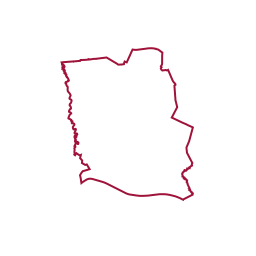 Dobeles pag., Dobele, Latvia, rotated 59°
{"feature_id": "27541924B40989782476416", "entity_name": "Dobeles pag.", "entity_type": "district", "adm_level": 2, "iso_a3": "LVA", "parent_name": "Latvia", "parent_adm1": "Dobele", "projection": "albers", "projection_center": [23.259, 56.68], "detail": "fine", "context": "isolated", "style": "outline", "palette": "rose", "viewbox_px": 256, "rotation_deg": 59, "n_neighbors": 0, "source": "geoboundaries", "source_scale": "gbopen_adm2", "svg_char_len": 5519}
<svg xmlns="http://www.w3.org/2000/svg" viewBox="0 0 256 256"><g transform="rotate(59 128 128)"><path d="M160.9,72.1L160.7,72.2L156.0,75.5L155.2,75.9L151.0,78.9L141.6,85.1L135.5,75.1L128.4,72.9L127.7,72.5L115.6,66.4L115.4,65.1L114.8,65.0L114.7,64.8L113.5,64.9L112.6,65.2L110.4,65.3L98.8,63.7L98.7,65.0L97.8,65.7L96.4,68.9L95.4,69.3L94.5,69.3L93.7,69.1L93.2,67.9L92.1,68.1L91.1,66.2L90.4,65.6L83.8,61.6L81.1,59.7L76.3,61.7L74.2,63.8L74.1,63.7L73.5,64.4L72.9,65.1L71.5,67.1L70.0,69.9L69.4,71.4L65.4,80.5L64.3,82.2L63.1,83.7L71.1,95.3L70.4,95.9L69.3,96.6L70.3,97.9L71.2,98.6L70.3,100.8L68.6,103.8L67.1,104.4L56.5,110.1L53.1,117.8L52.2,119.7L52.3,119.8L51.1,121.8L50.4,123.5L49.5,125.5L49.4,125.6L49.5,125.6L47.5,129.7L45.3,133.7L45.8,134.4L43.1,140.0L43.0,140.5L42.8,140.5L38.3,149.5L37.6,151.1L38.5,151.2L38.4,151.3L39.3,151.7L39.6,151.5L40.0,151.7L40.2,151.3L40.2,150.9L40.3,150.8L40.5,150.9L40.5,151.1L41.0,150.7L41.4,150.7L41.4,150.9L41.8,151.1L42.1,151.0L42.3,150.7L42.8,150.8L42.9,151.0L42.2,151.3L41.9,151.6L42.0,152.2L42.1,152.4L42.0,152.9L42.3,153.1L43.2,153.3L43.5,153.7L43.8,153.3L43.6,153.0L43.6,152.6L44.5,152.6L44.8,153.2L44.9,153.4L45.0,153.5L45.3,153.6L45.4,153.4L45.2,152.8L45.2,152.7L45.3,152.6L45.8,152.5L45.9,152.8L46.3,152.8L46.5,153.4L46.6,153.6L47.0,153.6L47.0,153.4L46.7,153.3L46.8,153.1L47.4,153.3L47.5,153.4L47.8,153.3L47.8,153.5L48.1,153.7L48.2,154.3L48.8,154.2L49.1,153.5L49.3,153.4L49.7,153.4L49.8,153.6L50.1,153.7L50.1,153.8L50.3,153.9L50.7,153.6L50.9,154.0L51.2,154.1L51.6,154.2L52.1,153.9L52.3,153.9L52.3,154.2L52.4,154.3L53.1,154.3L53.7,154.0L54.3,153.8L55.9,154.1L56.4,154.1L56.9,154.3L57.0,154.6L56.6,155.1L56.7,155.3L57.1,155.8L56.9,156.6L56.6,157.3L56.6,157.6L56.8,158.1L57.4,158.5L57.7,158.6L58.2,158.2L58.5,158.2L59.6,158.7L60.4,158.8L61.2,158.6L61.8,158.7L61.9,158.9L61.9,158.7L62.6,159.0L63.1,159.4L64.0,160.0L65.3,160.6L66.1,160.6L67.5,160.3L68.9,160.2L70.3,160.3L70.6,160.5L72.0,162.5L72.6,163.0L72.9,163.0L73.5,162.8L74.5,162.1L75.1,162.1L75.4,162.2L76.7,163.4L77.1,164.0L77.4,165.3L78.3,166.3L78.8,166.4L79.5,166.2L80.4,166.2L81.5,166.6L82.0,166.9L82.0,168.1L82.1,168.3L82.3,168.6L82.8,169.5L83.5,170.1L83.8,170.2L84.6,169.6L85.3,169.2L85.7,169.3L86.1,169.1L86.3,169.2L86.3,169.3L86.3,169.9L86.9,171.7L87.7,172.5L88.2,173.4L89.0,174.1L89.3,174.1L90.1,173.4L91.3,172.8L91.7,172.4L92.2,172.6L92.4,173.0L92.8,173.1L93.0,173.0L93.2,172.5L93.4,172.3L93.6,172.2L94.3,173.2L94.7,173.6L95.3,173.5L95.5,172.8L95.8,172.4L96.6,172.0L97.4,172.1L97.6,172.3L98.7,174.7L99.3,175.1L99.8,175.3L101.0,175.4L101.3,175.2L101.5,174.9L101.4,173.9L101.5,173.7L102.2,173.3L102.4,173.4L102.8,173.8L103.5,174.7L104.1,175.7L104.4,176.1L104.7,176.4L105.0,176.5L105.5,176.4L105.7,176.2L106.0,175.7L106.1,175.0L106.3,174.7L106.6,174.6L107.4,174.8L107.6,175.2L107.4,175.8L107.5,175.9L109.0,176.7L109.1,176.9L109.1,177.3L108.9,177.5L108.6,177.6L108.3,177.6L107.8,177.3L107.5,177.2L107.4,177.4L107.3,177.7L107.6,178.1L108.2,178.6L108.6,178.6L109.0,178.6L109.4,178.8L110.0,179.0L110.6,178.6L110.9,178.6L111.3,178.8L111.5,179.0L111.4,179.7L111.6,180.0L112.1,180.3L112.8,180.4L113.2,180.2L113.4,180.0L113.4,179.7L113.2,179.2L113.3,179.0L113.7,178.6L114.2,178.4L114.7,178.0L115.0,178.0L115.8,178.6L116.0,179.0L115.8,179.3L115.2,179.4L115.0,179.6L114.5,180.6L114.5,181.0L114.9,181.8L115.4,182.0L115.6,182.2L115.7,182.9L116.0,183.3L116.3,183.3L116.8,182.8L117.1,182.8L117.3,183.1L117.4,183.5L117.5,184.1L117.8,184.5L119.1,184.9L120.9,186.3L121.8,186.6L123.1,186.5L123.1,186.9L122.8,187.2L122.8,187.4L123.0,187.7L123.4,187.7L124.1,187.4L123.0,185.2L125.5,184.1L126.5,183.5L126.8,183.1L126.7,182.9L126.8,182.3L129.2,184.6L132.3,184.0L134.3,185.5L137.6,183.7L138.0,182.1L143.5,182.1L142.6,185.8L141.7,189.0L142.5,191.1L143.8,193.5L145.3,193.9L146.9,194.5L151.2,196.3L151.0,195.1L150.9,189.7L151.3,187.9L151.8,186.8L152.6,185.7L153.2,184.9L160.4,178.2L162.6,176.3L164.9,174.7L182.7,163.5L184.2,162.4L185.6,161.1L190.3,155.4L192.2,152.9L193.8,150.3L196.2,145.8L199.9,137.5L201.0,135.1L203.1,131.5L204.7,129.2L207.0,126.5L209.7,123.8L211.3,122.3L214.4,119.9L217.9,117.7L217.7,117.4L218.4,107.2L217.9,107.2L217.7,107.0L217.8,106.8L217.8,106.4L217.7,106.2L217.4,106.1L217.1,106.5L216.6,106.7L216.4,106.7L216.2,106.4L215.7,106.4L215.3,106.9L214.9,107.0L214.5,107.0L214.2,106.8L213.9,106.8L213.5,106.6L213.3,106.6L213.1,107.2L213.0,107.3L212.8,107.0L212.5,106.9L211.9,107.0L212.0,106.7L211.9,106.5L211.5,106.3L210.7,106.2L209.6,106.2L208.0,106.0L207.2,106.0L206.7,105.7L205.9,105.4L204.8,105.7L204.5,105.6L203.8,104.5L203.3,104.3L202.8,104.5L202.6,104.7L202.4,104.8L201.8,104.7L201.5,105.1L201.1,105.0L200.9,105.1L200.9,105.4L200.6,105.3L200.1,105.5L199.8,105.3L199.8,105.1L199.6,105.1L199.5,105.4L199.3,105.5L199.0,105.8L199.1,106.0L198.7,105.9L198.5,105.7L197.7,105.7L197.4,105.8L197.3,106.1L196.9,105.8L196.1,105.4L195.6,105.4L195.3,105.3L195.1,105.0L194.8,104.4L194.3,104.1L194.3,103.8L194.4,103.7L194.4,103.3L194.3,103.2L193.9,102.6L194.1,102.0L194.1,101.6L193.9,101.4L193.5,101.5L193.4,101.4L193.6,101.2L193.4,101.0L193.5,100.9L194.2,100.9L194.3,100.6L194.3,100.3L194.5,100.2L194.5,99.9L194.4,99.8L194.3,99.5L193.9,99.2L193.8,98.9L193.7,98.7L193.9,98.5L193.8,98.3L193.6,98.3L193.4,98.2L193.6,98.0L193.4,97.8L193.4,97.7L193.7,97.5L193.7,97.1L193.9,97.1L193.9,96.9L194.0,96.7L193.9,96.3L194.1,96.0L193.8,95.9L194.0,95.7L193.9,95.5L193.7,95.3L193.4,95.4L193.2,94.3L193.1,93.8L193.1,93.4L193.2,92.5L191.8,91.9L191.2,90.9L179.6,90.2L174.9,88.0L170.8,82.4L160.9,72.1Z" fill="none" stroke="#9f1239" stroke-width="2"/></g></svg>